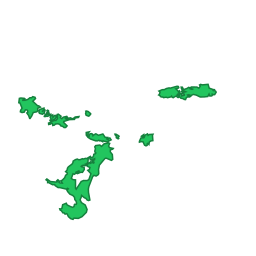 SVG path tracing the border of Nagasaki, rotated 69°
{"feature_id": "JPN-3500", "entity_name": "Nagasaki", "entity_type": "Prefecture", "adm_level": 1, "iso_a3": "JPN", "parent_name": "Japan", "parent_adm1": "", "projection": "albers", "projection_center": [129.432, 33.635], "detail": "fine", "context": "isolated", "style": "filled", "palette": "green", "viewbox_px": 256, "rotation_deg": 69, "n_neighbors": 0, "source": "natural_earth", "source_scale": "10m", "svg_char_len": 5948}
<svg xmlns="http://www.w3.org/2000/svg" viewBox="0 0 256 256"><g transform="rotate(69 128 128)"><path d="M181.6,189.4L181.6,190.8L180.5,192.0L178.6,192.5L177.5,193.7L174.3,195.5L175.5,196.2L177.9,198.5L181.0,198.2L184.6,195.5L189.4,195.4L191.8,197.1L194.3,202.7L194.6,206.8L192.8,210.7L193.6,212.1L192.1,214.0L189.4,215.4L186.6,215.6L185.9,216.1L186.0,217.1L185.6,217.8L184.3,218.1L183.9,219.2L181.4,219.8L180.2,220.8L179.0,220.7L179.5,219.8L179.2,218.4L176.2,216.5L176.1,212.6L178.0,212.4L180.7,209.9L182.2,208.2L182.0,206.5L180.4,205.6L180.1,205.0L180.7,203.7L179.8,202.9L177.5,202.7L175.9,203.3L173.5,202.8L171.2,203.7L168.9,206.0L165.8,207.1L164.2,207.3L163.3,205.5L162.6,206.1L163.1,207.3L159.2,213.0L158.6,214.6L155.6,216.7L154.6,216.7L153.9,218.8L150.4,221.8L150.2,222.6L148.7,222.0L147.0,223.1L146.5,222.0L150.2,219.6L152.6,214.7L152.8,213.3L152.5,212.8L151.7,213.3L151.2,212.0L153.4,210.9L154.0,211.8L154.9,211.2L155.9,209.1L153.2,209.4L153.2,208.1L151.7,204.9L149.8,203.2L149.2,201.2L148.0,200.8L146.4,201.9L145.5,200.0L143.8,198.9L142.9,197.6L141.6,193.1L140.3,191.5L139.3,191.2L138.7,188.5L138.8,186.5L139.9,185.5L140.4,184.2L140.3,181.6L140.9,181.1L141.1,178.5L142.5,176.2L145.4,177.6L146.5,179.2L146.5,180.4L147.6,179.5L148.3,180.3L146.8,182.9L146.6,184.2L147.0,185.4L147.8,185.0L148.8,183.0L151.1,183.7L153.1,186.4L152.4,188.0L152.5,191.5L151.9,192.2L151.1,189.2L150.4,189.2L150.6,192.4L151.7,193.3L152.0,194.7L151.0,195.7L154.8,199.0L156.6,197.7L157.6,195.6L165.5,198.6L166.6,198.3L161.2,190.9L161.1,188.3L162.4,185.0L162.2,183.1L157.4,179.0L153.1,180.7L153.0,179.0L151.2,177.7L149.5,179.4L148.4,179.5L147.3,178.7L146.3,175.5L147.5,175.8L147.3,173.5L148.3,173.0L148.2,172.2L147.4,172.1L146.0,173.7L145.6,170.5L144.6,170.1L144.8,172.0L144.2,174.6L142.4,174.4L141.4,175.6L141.0,173.3L142.6,172.9L142.9,171.9L141.9,170.3L140.3,169.4L140.3,167.6L139.8,167.0L139.2,167.4L137.7,167.3L135.6,165.8L133.7,165.8L132.8,164.5L133.8,160.4L135.7,159.3L134.2,156.0L134.9,151.5L135.8,150.6L137.9,152.6L139.7,152.3L141.8,149.1L142.3,149.9L142.1,152.3L143.9,153.1L147.1,152.1L151.8,153.5L152.3,155.0L148.6,158.9L148.2,159.7L148.3,160.7L152.4,168.0L156.0,170.3L160.2,171.7L161.0,172.8L161.4,175.0L160.0,176.8L160.7,178.4L168.7,185.6L170.8,186.9L174.1,188.0L181.6,189.4ZM125.4,40.2L127.2,42.2L126.2,46.0L124.9,49.5L121.7,52.5L120.0,55.1L120.3,57.6L118.7,59.3L118.5,60.6L119.7,60.3L121.0,58.8L121.1,59.5L120.3,61.2L120.6,62.7L122.1,64.1L121.5,65.3L120.5,65.9L119.1,68.0L117.3,68.7L115.9,68.3L114.5,66.5L115.7,65.7L117.4,66.3L117.6,63.7L116.7,63.3L115.3,64.9L114.5,64.8L114.8,61.2L113.2,62.8L113.6,64.3L113.1,64.8L112.1,63.7L110.3,64.0L108.9,63.7L109.4,62.6L111.2,62.5L112.1,61.9L112.2,58.6L111.8,56.8L112.4,56.1L113.5,56.1L114.9,54.4L114.8,53.8L113.6,55.0L112.7,55.2L112.4,54.2L114.5,49.0L116.1,47.7L116.0,47.1L114.8,45.5L113.5,45.8L113.3,44.6L114.4,43.1L115.9,37.6L119.9,37.9L122.2,35.2L123.4,35.0L122.8,34.3L123.2,33.5L124.3,33.6L125.2,32.9L126.2,32.9L127.9,35.1L127.6,36.3L126.6,37.2L127.9,37.8L128.0,38.7L127.4,40.2L125.4,40.2ZM82.3,213.6L84.0,216.0L83.8,216.4L80.7,216.3L77.7,217.1L77.5,216.0L75.9,215.5L74.8,216.0L74.3,217.3L76.0,219.2L75.6,221.4L74.3,222.7L73.0,221.9L71.5,219.8L66.0,219.9L65.3,220.9L61.4,218.8L61.6,217.3L63.2,214.1L63.8,213.8L64.3,216.9L65.3,214.0L65.4,211.2L64.6,208.7L65.2,207.2L64.6,205.7L66.0,203.8L67.4,203.8L68.9,207.3L74.9,204.4L75.3,203.4L77.1,202.3L77.2,205.3L79.6,206.0L80.2,207.4L79.6,210.9L82.3,213.6ZM115.0,70.5L115.4,69.2L117.3,69.3L117.6,69.8L117.3,70.6L116.0,71.2L115.4,72.4L115.9,75.0L114.8,75.9L113.9,75.9L114.3,76.8L113.9,80.2L112.9,81.4L112.4,83.9L111.5,84.4L111.3,85.2L110.3,86.5L109.4,86.4L108.2,87.5L107.9,86.7L106.0,85.2L104.6,85.9L104.5,82.3L105.2,80.3L104.9,78.0L105.3,75.2L105.9,74.5L106.6,67.2L107.3,66.1L108.6,66.2L108.8,66.8L108.5,69.3L111.3,68.0L112.3,68.0L111.8,66.7L112.7,66.6L114.3,68.0L114.2,69.7L115.0,70.5ZM98.9,185.6L99.7,186.1L104.2,184.1L105.2,186.0L104.7,187.5L103.2,188.3L101.8,190.1L100.3,190.3L99.0,191.8L98.3,194.3L98.9,195.7L98.7,197.3L96.6,197.0L96.1,198.1L96.6,198.9L96.3,200.8L94.9,200.4L95.0,198.7L94.5,196.8L94.6,193.8L95.1,192.6L94.0,190.5L90.0,189.2L90.1,188.1L93.0,186.3L94.1,187.5L95.6,186.4L94.7,184.6L95.2,181.0L96.4,180.7L96.6,182.9L97.8,182.5L97.6,179.5L98.0,177.8L99.2,177.2L99.5,175.6L98.8,173.4L99.7,169.7L100.4,170.4L99.7,173.7L100.8,174.9L99.2,179.7L98.9,185.6ZM133.0,148.0L133.5,151.9L132.0,154.7L131.0,155.8L131.8,156.5L130.0,158.0L130.0,158.9L129.0,159.6L129.1,161.0L128.4,162.8L124.9,166.9L122.4,168.7L119.7,169.5L117.2,168.6L117.7,165.6L118.5,166.9L120.3,168.3L121.5,168.1L121.9,167.3L120.3,166.4L119.8,165.5L120.1,164.2L121.0,163.3L122.7,163.5L122.1,162.0L121.9,160.1L124.2,158.2L124.6,153.6L128.5,152.7L129.5,150.5L130.6,151.8L131.8,150.8L130.6,149.8L130.8,148.5L133.0,148.0ZM149.4,115.6L151.1,116.4L151.1,117.6L149.9,118.7L146.3,118.9L145.4,120.7L145.3,122.4L144.5,122.1L142.0,119.6L142.3,118.2L141.5,117.7L140.5,118.4L139.8,115.7L142.7,116.9L142.7,116.3L140.8,114.7L140.5,111.9L142.1,111.9L141.7,110.4L142.8,106.9L143.7,107.8L148.7,109.3L148.3,111.2L148.6,113.0L150.9,114.4L149.4,115.0L149.4,115.6ZM83.9,200.7L84.5,202.9L82.6,205.4L81.4,205.5L79.5,204.3L79.1,203.4L79.3,199.3L80.7,199.7L82.0,202.5L81.2,199.2L81.6,199.0L83.9,200.7ZM93.6,193.5L93.6,197.4L93.3,198.1L92.8,198.1L92.8,197.3L92.0,196.6L90.2,196.8L89.1,195.8L88.8,193.6L91.2,194.3L90.0,192.0L90.4,190.9L92.2,191.3L93.0,192.0L93.6,193.5ZM101.7,157.9L102.8,159.9L102.8,160.6L101.1,162.5L99.3,162.4L98.0,161.4L97.2,161.4L97.3,160.6L98.3,159.3L101.2,157.7L101.7,157.9ZM88.0,195.8L88.3,198.7L88.1,199.6L87.3,200.3L87.7,201.2L87.3,202.0L87.0,202.0L86.8,201.2L85.5,200.5L85.8,199.7L85.5,199.2L83.7,197.3L82.7,197.4L82.5,196.8L83.3,196.0L84.7,196.4L86.2,197.9L86.2,196.6L86.8,197.0L87.5,195.2L88.0,195.8ZM133.1,140.6L134.4,140.4L134.6,141.1L132.9,142.4L130.9,141.8L130.1,142.4L129.1,142.4L129.4,141.5L132.0,139.4L132.7,139.4L133.1,140.6Z" fill="#22c55e" stroke="#15803d" stroke-width="1.5"/></g></svg>